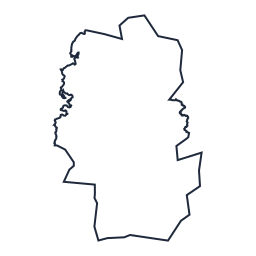 the district of Chandmani-O'ndor, Hövsgöl, Mongolia
{"feature_id": "93677404B22883692380177", "entity_name": "Chandmani-O'ndor", "entity_type": "district", "adm_level": 2, "iso_a3": "MNG", "parent_name": "Mongolia", "parent_adm1": "Hövsgöl", "projection": "orthographic", "projection_center": [100.637, 50.505], "detail": "fine", "context": "isolated", "style": "outline", "palette": "slate", "viewbox_px": 256, "rotation_deg": 0, "n_neighbors": 0, "source": "geoboundaries", "source_scale": "gbopen_adm2", "svg_char_len": 5434}
<svg xmlns="http://www.w3.org/2000/svg" viewBox="0 0 256 256"><path d="M98.4,240.5L107.5,238.1L124.3,237.3L130.0,235.0L168.0,240.6L181.0,220.7L189.5,214.7L186.8,195.1L200.0,186.1L199.0,170.5L201.6,152.6L177.7,160.1L176.4,146.0L186.1,139.0L188.2,137.3L189.1,133.0L188.6,132.6L188.3,132.7L188.1,132.7L187.2,131.9L186.9,132.1L186.5,131.9L186.6,131.7L186.4,131.0L185.9,130.8L185.3,130.1L184.6,130.0L184.2,128.9L185.1,127.8L185.1,127.3L185.4,127.0L186.4,127.0L187.0,126.1L187.3,126.0L187.3,125.8L186.9,125.6L186.8,125.1L186.9,124.9L187.3,124.7L187.2,123.6L187.6,122.4L186.9,121.9L186.8,121.7L186.7,121.5L186.9,121.1L186.9,120.7L187.1,120.4L187.2,119.4L187.6,118.8L187.8,118.7L187.9,118.2L188.1,118.0L188.2,117.9L188.1,117.1L188.0,116.9L187.7,116.7L187.6,116.4L187.3,116.2L187.3,115.9L187.2,115.8L187.0,115.7L186.6,116.0L185.6,115.9L185.3,115.5L185.3,115.4L185.0,115.3L184.3,114.9L183.9,115.0L183.8,115.3L183.5,115.4L183.2,115.5L182.7,115.2L182.6,115.3L182.3,115.6L182.1,115.6L181.8,115.4L181.8,114.8L181.5,114.2L181.0,114.2L180.8,113.8L180.3,113.7L180.2,113.5L180.3,113.4L180.7,113.0L180.7,112.7L179.9,112.8L179.7,112.7L179.7,112.3L180.2,111.5L180.7,111.2L180.8,111.0L181.3,110.8L181.5,110.6L181.5,110.3L181.6,110.1L182.2,109.8L182.5,109.2L182.9,108.9L183.7,108.5L184.4,107.7L185.0,107.7L185.1,107.4L185.1,107.0L184.8,106.7L184.4,106.5L184.3,105.9L184.1,105.8L183.6,105.7L183.0,105.4L182.7,105.4L182.6,104.9L182.4,105.0L181.8,104.9L181.7,104.5L181.7,104.0L181.5,103.5L181.5,103.3L181.7,103.0L181.7,102.7L181.4,102.0L180.8,101.6L179.7,101.5L179.4,101.4L179.1,100.9L178.5,100.6L177.7,100.6L177.4,100.4L176.9,100.4L176.4,100.0L176.3,99.5L176.0,99.3L175.9,99.5L175.9,99.8L175.5,100.1L175.3,100.2L174.4,100.3L171.8,100.1L171.4,99.7L171.1,99.6L170.3,99.7L169.2,99.7L183.1,82.2L180.3,70.2L182.1,50.1L177.6,40.2L158.1,36.1L144.4,15.4L128.2,17.8L119.5,25.5L122.0,39.0L104.4,34.1L87.1,30.4L85.4,30.3L85.0,31.2L84.6,31.7L84.7,32.3L84.9,33.4L84.8,33.7L84.6,33.9L84.2,34.0L83.7,33.9L81.2,32.8L80.0,33.3L79.5,33.8L79.3,34.4L77.9,35.5L77.0,36.6L75.6,38.6L75.0,39.9L74.9,40.4L74.7,40.8L74.1,41.2L73.5,41.4L72.8,42.3L72.7,42.9L72.2,43.5L72.0,44.0L71.7,45.6L71.6,46.3L71.4,47.2L71.3,48.2L71.4,49.0L71.4,49.3L71.1,50.1L71.2,50.3L71.4,50.6L71.5,51.0L71.1,51.4L70.9,52.2L70.2,53.1L70.2,53.3L70.5,53.7L70.7,54.3L71.2,55.0L71.2,56.6L71.3,56.8L71.7,56.8L72.3,56.8L72.7,56.6L72.8,55.6L74.1,56.3L74.7,56.2L75.5,55.8L76.4,55.1L77.3,53.4L77.8,52.7L78.4,52.5L78.6,52.5L78.6,53.0L78.6,53.6L78.4,54.5L77.7,55.6L77.6,56.1L77.6,56.4L77.7,56.7L78.1,57.4L78.1,57.5L77.5,57.6L76.9,57.1L76.4,57.2L74.6,58.3L74.3,58.7L74.4,59.4L75.0,60.7L75.2,61.7L75.6,63.4L75.6,63.9L75.6,64.0L75.2,64.4L74.6,64.6L73.5,63.5L73.4,63.4L72.7,63.4L71.7,64.2L70.3,64.8L69.4,65.4L68.9,65.5L68.0,65.4L67.6,65.6L65.8,67.0L65.3,67.5L64.6,68.0L64.0,68.1L63.6,68.4L63.5,68.6L63.0,69.7L62.8,70.0L62.4,70.0L61.2,69.3L60.7,69.4L60.8,69.7L61.5,70.6L61.8,71.2L62.0,71.9L62.2,73.5L62.7,74.5L63.3,75.1L64.2,75.5L64.3,75.6L64.7,76.3L64.1,78.1L63.6,78.9L63.0,79.4L62.3,79.7L62.8,80.6L62.8,80.9L62.6,81.3L63.3,81.5L63.9,82.2L64.0,82.5L64.1,83.3L64.1,83.5L63.5,84.9L63.0,85.4L62.2,86.5L61.5,87.2L61.1,87.2L60.8,87.6L60.8,88.0L61.1,88.3L61.3,89.0L61.2,89.3L61.3,89.9L61.1,90.2L60.5,90.7L59.9,91.8L59.7,93.2L59.8,93.9L59.8,94.2L60.0,94.5L60.7,94.6L61.2,94.9L61.6,95.6L62.3,97.0L62.7,97.5L63.3,98.0L63.8,98.2L64.1,98.2L65.9,97.9L66.3,97.8L65.4,97.8L64.8,97.9L64.3,97.9L64.2,97.6L64.2,96.6L64.0,96.3L63.9,95.7L63.0,94.8L62.7,94.3L62.4,93.4L62.4,92.6L62.5,92.1L62.8,91.2L63.2,90.4L63.5,91.2L63.7,91.7L64.8,92.7L65.7,93.4L66.1,93.6L67.1,93.4L68.4,94.7L68.9,95.0L70.2,95.1L70.9,94.6L71.7,94.9L72.3,95.8L72.6,96.1L72.6,97.3L71.8,97.7L71.4,98.0L71.1,99.0L70.8,99.8L70.1,100.7L69.1,101.2L68.6,101.2L68.4,101.1L68.4,100.9L68.8,100.4L68.9,100.1L69.2,100.0L69.2,99.9L68.1,100.6L67.7,101.2L67.3,101.4L67.3,101.6L67.5,102.0L68.6,102.9L69.1,103.6L69.5,104.3L69.6,104.9L69.7,105.3L70.5,105.4L71.0,105.3L71.2,105.5L70.9,105.9L70.8,106.5L70.6,106.9L69.6,107.4L68.9,107.2L68.2,107.2L67.8,106.9L66.7,105.5L65.4,105.3L64.9,105.3L63.6,105.7L63.2,106.3L63.0,107.5L62.8,107.8L61.9,108.4L60.9,108.9L60.7,109.3L60.7,109.9L61.1,110.2L62.4,110.3L63.5,110.9L65.3,110.9L65.5,110.6L65.3,110.5L65.3,110.4L65.8,110.3L66.0,110.3L66.3,110.2L66.1,110.4L65.7,110.6L66.1,110.9L66.4,111.3L66.4,112.2L66.4,112.7L66.4,113.3L66.5,113.8L67.1,113.6L67.4,113.7L67.4,114.0L67.2,114.1L66.9,114.0L66.4,114.1L65.6,115.5L65.2,115.7L64.2,115.6L63.5,115.5L63.2,115.2L62.8,114.8L62.0,114.5L60.9,114.8L60.7,115.0L60.6,116.1L60.4,116.3L60.6,116.8L59.8,117.7L59.4,117.9L57.2,118.6L55.9,119.2L55.4,119.4L54.8,120.0L54.7,120.4L54.7,120.6L54.8,120.8L54.9,120.5L55.1,120.8L55.3,121.4L55.6,122.0L55.6,122.6L55.5,123.1L55.4,123.5L54.5,124.3L54.7,124.6L54.5,124.8L54.9,124.8L54.8,125.3L55.0,125.6L55.1,125.9L55.3,126.5L56.2,127.2L56.4,127.6L56.8,127.7L56.8,127.9L56.7,128.2L56.7,128.8L56.2,129.1L56.1,129.4L56.3,130.2L56.3,130.4L56.4,130.6L56.4,130.9L56.1,131.7L55.4,132.2L55.4,132.5L55.6,132.7L55.3,133.2L55.4,133.5L55.7,133.9L55.9,134.4L56.2,135.0L56.3,135.6L56.4,135.9L56.2,136.1L56.2,136.4L56.4,136.6L56.5,136.9L56.3,137.4L56.2,138.7L55.6,139.5L55.4,140.1L55.0,140.4L55.0,140.8L54.7,141.5L54.5,142.6L54.9,142.9L54.9,143.1L54.5,143.1L54.4,143.3L54.6,143.5L54.9,143.7L54.9,144.3L54.7,145.4L57.1,145.5L65.2,149.6L73.8,162.3L73.8,165.8L69.4,169.6L63.8,181.8L94.8,184.6L94.9,193.7L94.5,198.0L97.1,203.2L94.4,226.6L98.4,240.5Z" fill="none" stroke="#1e293b" stroke-width="2"/></svg>